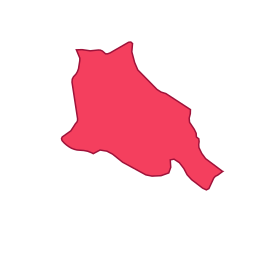 outline of El Tarf, rotated 59°
{"feature_id": "DZA-2164", "entity_name": "El Tarf", "entity_type": "Province", "adm_level": 1, "iso_a3": "DZA", "parent_name": "Algeria", "parent_adm1": "", "projection": "robinson", "projection_center": [8.131, 36.681], "detail": "fine", "context": "isolated", "style": "filled", "palette": "rose", "viewbox_px": 256, "rotation_deg": 59, "n_neighbors": 0, "source": "natural_earth", "source_scale": "10m", "svg_char_len": 1126}
<svg xmlns="http://www.w3.org/2000/svg" viewBox="0 0 256 256"><g transform="rotate(59 128 128)"><path d="M214.0,69.2L214.6,75.3L214.4,78.0L215.1,80.3L221.6,89.9L221.4,92.7L218.0,95.0L205.0,100.1L198.5,101.4L191.5,101.0L184.2,101.8L178.4,104.6L177.1,108.2L183.7,111.6L187.5,116.2L185.9,124.2L181.6,132.2L177.4,136.8L154.6,150.2L142.4,154.7L137.0,158.0L132.5,163.3L132.1,171.0L130.4,172.0L127.2,174.5L124.5,177.5L120.6,183.0L118.6,185.0L116.2,186.9L113.4,188.4L110.8,189.5L108.0,190.4L104.8,191.0L102.9,190.5L101.8,189.0L101.0,178.5L98.2,172.7L97.2,170.7L96.7,169.0L96.4,168.5L95.7,167.5L94.0,166.4L59.9,152.4L57.4,150.6L56.0,148.3L55.0,144.8L53.7,142.4L51.7,139.9L45.4,134.6L43.3,133.3L34.4,132.0L37.2,127.0L42.4,120.6L45.8,113.4L46.9,111.7L48.8,110.3L52.9,109.0L53.9,107.3L54.4,104.7L54.8,83.4L55.4,82.0L55.8,81.3L57.1,80.9L57.9,80.6L64.7,85.5L75.3,88.6L83.3,89.7L109.9,83.3L114.3,81.1L118.0,77.8L144.4,65.0L147.8,67.2L151.1,70.5L154.8,72.3L163.3,71.9L167.6,72.3L171.0,74.0L173.7,72.9L176.2,74.0L178.6,75.9L181.3,77.3L187.8,77.9L194.2,77.3L213.9,69.3L214.0,69.2Z" fill="#f43f5e" stroke="#9f1239" stroke-width="1.5"/></g></svg>